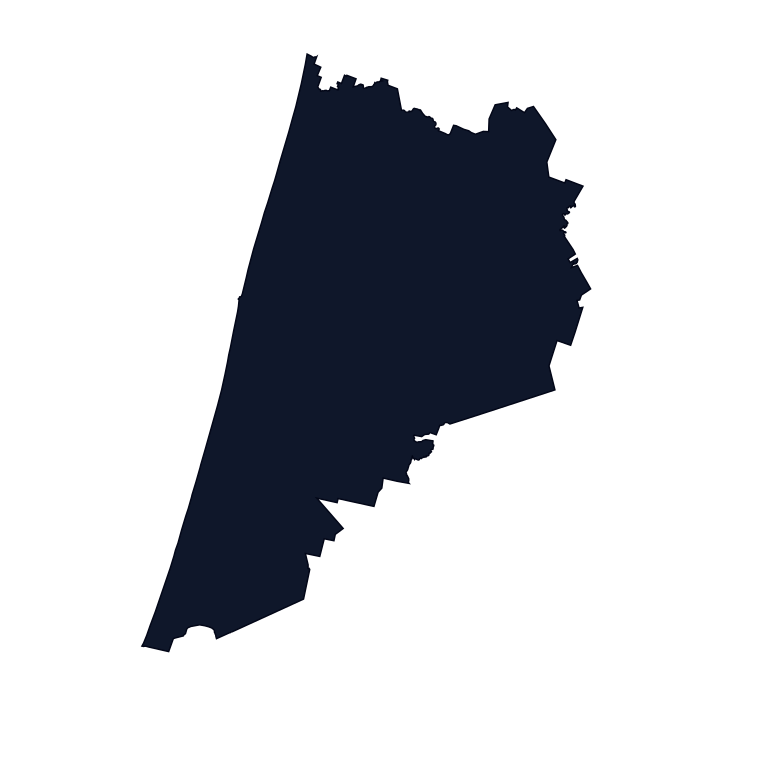 the district of Soto la Marina, Tamaulipas, Mexico, rotated 192°
{"feature_id": "50627088B15970916420519", "entity_name": "Soto la Marina", "entity_type": "district", "adm_level": 2, "iso_a3": "MEX", "parent_name": "Mexico", "parent_adm1": "Tamaulipas", "projection": "robinson", "projection_center": [-98.042, 23.876], "detail": "fine", "context": "isolated", "style": "filled", "palette": "ink", "viewbox_px": 768, "rotation_deg": 192, "n_neighbors": 0, "source": "geoboundaries", "source_scale": "gbopen_adm2", "svg_char_len": 6129}
<svg xmlns="http://www.w3.org/2000/svg" viewBox="0 0 768 768"><g transform="rotate(192 384 384)"><path d="M333.3,680.2L336.3,665.1L334.1,652.6L339.4,651.7L346.5,647.3L351.0,648.1L353.7,649.3L358.8,649.7L367.1,651.6L369.7,651.5L371.2,642.7L372.4,641.2L373.8,641.0L376.1,641.7L383.5,643.1L383.0,644.9L383.8,645.6L384.1,645.7L384.7,645.5L385.7,644.8L386.7,644.6L387.1,644.7L387.5,645.1L388.1,646.6L388.1,647.0L387.2,648.2L387.3,649.3L387.5,650.0L388.3,650.9L389.6,651.0L390.5,651.6L391.2,653.3L391.6,653.6L392.1,653.9L393.3,653.8L394.9,654.8L395.3,654.9L395.7,654.9L396.1,654.3L396.4,654.2L397.7,654.3L397.7,654.1L399.8,654.6L400.6,655.3L402.6,656.8L405.3,659.6L405.9,659.2L406.2,659.5L406.9,659.7L407.7,659.6L408.8,659.9L410.1,659.8L411.8,659.9L412.5,659.2L413.2,657.2L414.0,656.3L414.3,656.0L415.6,656.3L416.0,656.2L416.3,656.0L416.1,655.3L416.2,655.1L419.3,654.4L419.8,654.7L420.7,655.6L421.6,655.9L422.6,655.7L423.8,655.3L432.3,675.5L442.1,677.0L443.3,679.8L443.5,680.5L443.5,681.9L450.3,682.5L450.4,680.2L449.1,680.0L451.2,679.0L451.4,678.9L451.6,678.1L452.8,678.3L453.1,677.8L454.2,677.6L454.5,677.3L454.9,676.3L455.4,676.0L455.7,676.3L455.7,675.6L455.9,675.0L456.2,674.8L456.3,674.2L457.2,672.5L458.7,672.1L459.3,671.7L459.9,671.8L460.6,671.6L461.5,671.2L462.3,670.1L462.5,670.0L462.8,670.4L463.3,669.9L464.9,669.0L465.8,669.4L466.1,670.2L466.1,671.0L466.7,672.2L467.6,672.3L468.3,671.7L468.6,672.4L469.6,672.3L470.1,671.7L470.8,671.4L471.8,670.1L475.9,668.3L474.8,676.7L484.5,678.2L484.7,677.2L486.8,677.8L488.1,669.1L492.0,669.8L492.3,668.0L490.9,667.7L491.3,665.3L490.2,665.1L490.4,663.8L490.1,663.7L489.8,662.4L490.8,662.1L497.8,663.3L498.4,659.5L499.2,659.4L499.9,658.9L501.8,659.2L502.6,658.8L503.2,658.7L504.3,658.0L505.4,658.0L506.0,657.4L506.8,657.2L507.1,657.6L507.1,658.3L507.4,658.5L507.6,658.9L508.6,658.9L510.6,660.7L509.2,670.9L513.4,671.7L511.7,680.7L518.9,682.4L517.9,690.1L518.3,689.6L519.3,689.7L520.8,688.8L521.3,688.7L523.5,689.6L527.8,690.7L527.4,680.0L527.3,660.4L527.9,636.9L528.7,624.8L529.5,610.8L532.0,579.5L532.7,568.1L533.3,559.8L534.1,552.3L535.4,537.2L536.6,526.9L537.3,516.3L539.6,489.1L540.7,467.5L540.8,459.6L541.3,442.6L541.7,440.3L542.4,439.3L543.2,439.3L543.3,439.1L543.1,438.8L544.2,436.8L543.2,436.0L542.5,429.7L542.2,424.1L542.1,404.5L541.8,387.6L541.9,380.3L541.6,372.7L541.5,360.4L541.6,344.3L542.3,328.4L545.2,283.8L546.4,267.2L546.5,264.0L547.5,249.4L548.7,235.5L548.7,233.5L549.5,221.6L550.4,213.6L551.6,199.3L552.4,185.5L553.4,178.3L553.7,171.9L554.8,159.4L560.3,113.7L562.5,99.1L563.8,88.8L565.3,80.5L566.3,77.3L564.7,77.3L563.2,77.9L562.1,78.0L559.2,77.8L539.0,77.5L537.2,90.8L536.8,91.4L535.0,92.4L527.9,95.9L527.7,96.3L527.8,96.8L527.6,97.3L526.6,98.1L526.3,98.7L526.0,103.1L525.8,103.8L525.2,104.8L522.5,106.7L514.3,110.1L509.1,110.3L505.2,110.1L501.9,109.6L500.4,108.9L499.3,108.3L498.7,107.6L498.1,105.7L497.5,105.1L496.9,104.0L496.5,103.7L495.9,102.0L494.9,100.1L483.5,108.5L482.7,108.8L482.1,109.6L481.1,110.0L418.0,156.9L418.1,187.0L418.2,187.3L418.5,187.4L419.0,188.1L419.9,187.7L420.0,187.8L420.0,188.4L420.3,189.0L420.2,189.5L420.8,190.0L420.5,191.0L425.7,201.9L411.0,202.0L410.3,220.2L400.4,220.3L400.4,226.8L393.9,234.2L426.1,258.4L405.2,258.2L405.1,262.4L368.4,262.2L367.3,276.9L364.5,281.7L365.3,291.8L350.9,291.6L338.8,292.0L339.3,292.4L339.8,293.0L339.7,294.5L340.1,296.4L342.1,299.1L342.7,299.1L343.0,299.3L343.1,299.6L343.0,300.3L344.2,302.1L343.1,304.9L342.7,310.2L341.8,312.0L341.6,313.1L341.7,315.9L341.1,316.6L341.4,319.3L341.2,319.4L340.5,318.0L339.2,317.3L338.4,316.5L338.1,317.5L335.0,316.8L334.2,316.9L333.7,317.5L333.7,318.1L333.1,318.9L332.5,319.1L332.0,318.9L331.7,319.4L330.2,320.5L330.0,321.2L329.4,320.8L329.2,321.0L327.8,321.3L327.5,321.7L327.8,322.3L327.5,322.7L327.3,322.8L327.0,322.6L326.1,322.9L325.4,323.7L325.3,324.3L325.7,325.2L325.7,325.5L324.5,326.0L324.1,326.9L323.5,327.5L323.6,327.9L324.3,328.4L324.4,329.1L324.0,330.0L322.7,330.2L322.6,331.3L322.8,331.9L322.5,334.1L322.8,334.7L323.5,334.8L324.0,335.4L323.9,336.3L324.1,336.5L324.2,338.4L324.4,338.4L324.6,338.6L324.8,338.5L331.6,338.2L334.2,336.8L335.2,335.4L338.5,334.5L339.4,333.8L340.0,333.7L341.0,334.3L342.5,334.6L342.6,335.0L343.2,335.5L343.2,335.9L342.8,337.3L344.1,339.1L344.3,339.8L344.1,340.1L343.6,340.4L343.2,340.2L336.2,340.4L333.7,343.1L329.8,344.3L329.0,346.1L322.4,345.2L321.3,351.7L320.9,355.1L319.8,355.3L317.6,356.4L317.0,357.3L316.9,358.1L316.5,358.7L315.6,359.2L313.9,359.5L311.2,358.6L281.7,375.5L215.6,413.8L226.4,436.0L223.8,462.5L209.5,460.7L207.9,474.4L205.5,500.3L209.0,498.9L212.6,505.9L210.1,506.9L209.4,512.0L201.7,520.0L207.1,526.1L214.2,533.9L219.4,540.2L224.9,536.8L224.0,542.0L223.7,541.7L223.7,540.7L223.4,540.5L223.2,540.6L222.6,541.4L221.6,541.4L221.1,541.8L220.9,542.1L220.8,543.0L220.4,543.2L220.2,545.7L221.1,547.0L227.2,541.5L228.6,543.1L230.0,544.6L223.9,550.9L227.0,554.8L238.3,565.8L238.1,566.0L238.0,566.5L238.3,567.3L239.2,567.9L239.7,568.6L239.7,569.0L239.4,569.4L237.7,569.7L237.6,570.2L238.1,570.5L239.5,570.5L240.1,570.7L241.1,571.4L241.8,571.5L242.4,571.3L243.1,570.7L243.6,570.6L243.9,570.9L243.9,571.5L243.8,571.9L241.5,574.7L241.1,576.0L240.6,576.0L240.2,575.7L240.2,574.2L239.8,574.0L239.6,574.2L238.4,576.0L238.0,577.0L238.3,577.9L238.2,578.7L237.7,579.0L237.6,579.7L238.1,580.3L240.1,581.9L241.3,582.2L241.9,582.6L242.6,584.3L243.4,585.3L244.5,586.0L244.7,586.7L244.4,587.4L244.0,587.9L243.6,588.0L243.0,587.6L242.6,587.0L242.2,586.9L241.8,587.2L241.7,588.2L241.4,588.6L240.5,588.4L239.7,588.6L238.3,590.2L238.4,590.7L238.9,591.0L239.7,591.1L240.5,591.4L240.9,591.7L241.0,592.5L241.6,593.6L241.4,594.5L241.2,594.7L240.4,594.8L239.9,596.2L239.2,596.9L238.8,597.1L238.5,597.0L238.2,596.7L238.3,595.4L238.0,595.2L237.6,595.6L237.4,596.2L235.5,598.1L235.1,598.1L234.5,596.9L233.9,597.1L233.7,597.6L234.4,599.6L235.9,600.9L236.0,602.3L230.5,618.9L248.4,621.7L249.0,618.2L265.8,620.7L270.9,635.0L266.7,658.7L280.3,672.3L295.5,686.5L301.0,683.4L303.0,678.6L311.6,681.7L312.5,679.2L313.7,679.6L314.7,679.2L315.6,678.2L316.2,678.1L320.8,680.7L321.2,685.2L333.3,680.2Z" fill="#0f172a" stroke="#020617" stroke-width="1.5"/></g></svg>